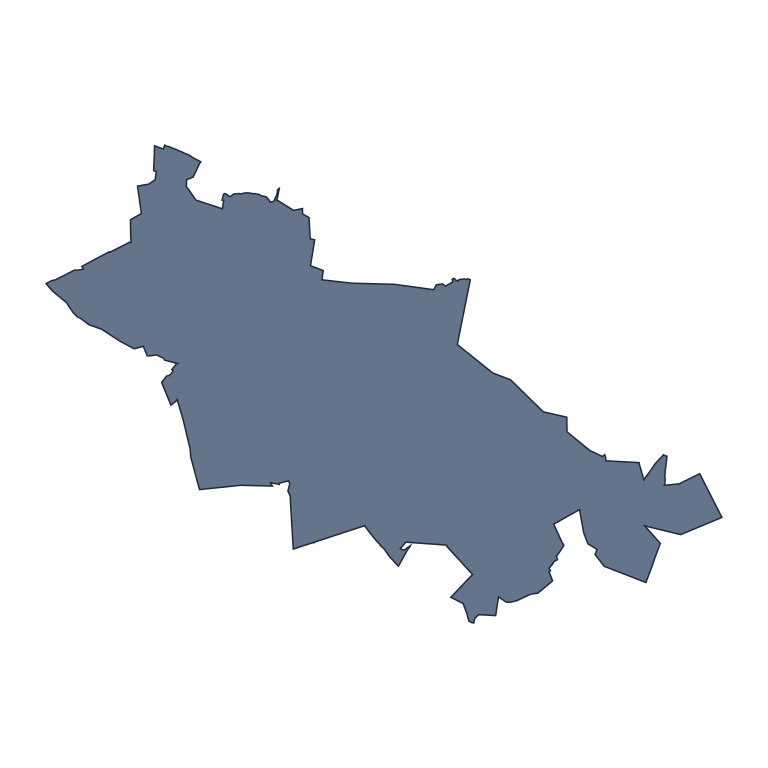 the district of Altamirano, Chiapas, Mexico
{"feature_id": "50627088B24098372113049", "entity_name": "Altamirano", "entity_type": "district", "adm_level": 2, "iso_a3": "MEX", "parent_name": "Mexico", "parent_adm1": "Chiapas", "projection": "robinson", "projection_center": [-91.86, 16.673], "detail": "fine", "context": "isolated", "style": "filled", "palette": "slate", "viewbox_px": 768, "rotation_deg": 0, "n_neighbors": 0, "source": "geoboundaries", "source_scale": "gbopen_adm2", "svg_char_len": 5982}
<svg xmlns="http://www.w3.org/2000/svg" viewBox="0 0 768 768"><path d="M46.1,283.6L52.2,290.8L58.5,296.1L62.0,299.0L66.2,302.3L67.7,304.6L72.8,312.1L73.6,313.1L77.0,316.6L80.8,318.6L89.2,324.9L102.0,329.4L109.3,334.3L120.1,341.3L134.0,348.7L135.3,348.5L143.3,346.3L147.2,355.8L150.0,355.9L156.5,354.9L163.8,358.3L164.7,360.2L174.2,362.7L175.4,363.2L176.9,363.3L177.0,363.3L177.7,363.4L177.0,363.8L176.2,364.2L172.6,368.6L172.4,368.8L171.8,369.5L172.4,369.9L173.0,370.3L172.6,371.5L171.4,373.5L170.1,374.7L169.3,375.2L168.5,375.7L167.5,375.8L166.4,376.3L161.6,382.3L170.9,405.2L175.8,401.4L177.2,399.5L177.6,401.0L183.3,420.4L189.9,448.0L190.0,448.1L190.5,453.1L190.6,456.6L199.5,489.6L240.8,485.3L272.4,486.1L270.6,482.7L279.3,484.4L279.2,483.4L279.2,483.2L285.5,481.6L288.6,480.8L289.7,483.8L287.9,491.2L290.2,495.8L290.6,504.9L293.3,549.1L313.6,542.4L313.7,542.8L315.9,541.7L364.9,525.6L365.2,526.7L366.1,527.9L366.6,528.4L367.3,529.4L367.8,530.1L368.2,530.7L369.0,531.6L369.7,532.5L370.3,533.5L371.1,534.2L371.9,535.1L373.1,536.9L373.9,537.7L374.7,538.6L375.9,540.2L376.9,541.5L377.5,542.0L378.6,543.2L379.3,543.8L379.8,544.6L380.3,545.6L381.1,546.3L382.0,547.0L383.0,547.8L384.0,548.8L389.7,556.9L391.2,558.5L392.6,559.9L393.2,560.5L394.5,562.0L395.1,562.8L397.0,564.7L398.4,566.2L399.7,564.0L401.7,560.1L401.8,560.0L407.2,550.4L410.2,546.1L410.4,545.7L403.9,550.2L403.5,550.1L402.9,549.8L402.0,549.5L401.1,549.1L400.3,548.7L405.9,542.2L446.6,545.1L446.7,546.0L447.9,547.6L472.5,574.5L450.8,597.3L463.1,603.5L466.9,613.6L467.5,616.1L468.9,621.1L469.4,621.3L471.3,622.4L471.4,622.6L473.9,622.9L474.2,620.0L475.4,617.7L477.5,615.7L479.2,614.7L495.6,615.6L496.0,613.6L498.5,596.9L506.1,602.1L510.2,602.2L516.7,600.8L519.8,599.3L528.1,595.4L530.9,594.1L537.8,593.2L552.6,580.9L549.0,571.5L550.4,570.8L549.2,568.3L553.2,563.2L553.7,561.7L557.5,559.7L557.0,558.2L556.4,555.8L556.9,555.8L560.6,550.5L560.7,550.4L563.9,545.2L561.9,542.0L561.3,540.5L560.4,538.7L559.6,537.0L558.8,535.1L557.1,531.6L556.5,530.2L555.7,528.6L555.1,527.1L554.4,525.6L553.7,524.2L579.5,509.6L583.8,533.2L583.9,533.4L588.0,543.9L597.0,549.3L595.0,554.3L604.1,566.3L645.9,582.5L652.5,565.0L655.1,557.4L660.3,543.4L644.8,525.9L679.4,534.3L680.7,534.6L721.9,517.4L699.7,473.7L679.0,483.9L664.3,485.3L664.4,485.1L664.6,484.4L664.8,483.5L665.0,481.5L665.1,479.7L664.9,475.2L665.0,474.3L665.2,473.0L665.1,471.2L665.4,469.3L665.6,468.5L665.8,466.7L666.0,464.8L667.0,456.1L666.5,456.0L665.9,456.0L665.2,455.8L664.7,455.6L664.3,455.3L663.9,454.9L663.5,454.8L663.4,454.9L662.6,455.7L661.9,456.6L660.8,457.8L659.8,458.7L658.8,459.7L658.1,460.6L657.1,461.6L655.9,462.9L654.6,464.5L652.7,467.3L652.0,468.4L651.0,469.8L648.6,473.3L646.5,476.0L645.1,477.9L643.8,479.8L639.1,463.3L639.1,463.1L639.1,462.6L605.9,460.8L605.8,460.7L605.7,460.1L605.7,459.5L605.7,459.2L605.7,458.9L605.7,458.6L605.7,458.2L605.7,457.9L605.7,457.6L605.6,457.3L605.4,456.8L604.7,454.6L602.5,456.5L589.4,450.3L589.1,449.9L588.1,449.0L576.6,439.7L567.0,431.8L566.8,417.2L543.2,411.8L510.6,379.8L492.8,373.0L457.3,344.5L470.3,279.8L470.1,279.5L469.8,279.4L469.2,279.3L468.9,279.2L468.6,279.1L467.7,278.8L467.2,279.1L466.7,279.2L466.5,279.3L466.3,279.4L465.9,279.4L465.4,279.2L464.6,279.1L464.4,279.1L464.1,279.0L463.9,279.1L463.6,279.0L463.4,279.0L463.0,279.1L462.8,279.2L462.5,279.2L462.2,279.2L461.6,279.2L461.2,279.2L461.0,279.3L460.7,279.3L460.4,279.3L460.0,279.5L459.9,279.5L459.7,279.6L459.4,279.7L459.2,279.7L458.9,279.8L458.0,280.6L457.5,281.1L457.1,280.6L455.0,279.8L454.9,279.4L455.0,279.2L454.9,278.9L454.7,278.7L454.3,278.4L454.2,278.4L453.8,278.4L453.7,278.5L453.4,278.5L452.9,278.9L452.4,279.2L452.1,279.3L452.1,279.6L452.2,279.8L452.9,281.9L445.4,286.1L442.6,283.9L436.4,284.7L433.7,289.7L394.5,284.3L351.9,283.2L322.0,279.8L323.2,270.5L310.5,265.7L314.7,239.8L310.2,238.8L309.0,217.5L308.8,217.4L302.5,213.9L302.5,208.5L293.6,210.4L278.1,200.7L277.2,201.0L276.9,200.7L279.3,188.3L278.6,188.7L278.3,189.2L277.9,189.4L277.7,189.7L277.5,189.9L277.4,190.1L277.3,190.4L277.3,190.7L277.5,191.7L277.5,192.1L277.3,192.5L277.2,193.1L276.9,193.6L276.9,194.1L276.6,195.4L276.4,195.7L276.1,196.1L276.0,196.3L275.9,196.5L275.6,197.1L275.4,197.5L275.1,198.9L275.0,199.0L274.7,199.3L274.5,199.6L274.4,200.0L274.2,200.6L274.1,200.8L273.7,201.1L272.5,201.8L272.4,201.8L272.1,201.8L271.9,201.9L271.6,201.9L271.4,201.9L271.2,202.0L270.9,202.0L270.6,201.9L270.4,201.8L269.9,201.6L269.6,201.3L269.5,201.1L269.4,200.8L269.2,200.1L268.9,200.0L268.6,199.6L268.2,199.4L267.4,198.0L266.1,196.8L263.2,196.1L261.0,195.6L258.6,194.2L257.7,194.2L257.1,194.2L256.2,193.8L255.4,193.6L254.7,193.6L253.7,193.7L252.5,193.6L251.2,193.3L249.5,193.0L247.5,192.9L245.5,192.9L243.7,193.1L242.9,193.5L241.5,193.9L241.1,194.0L239.6,193.6L239.1,193.5L238.0,193.7L237.3,193.8L236.0,193.8L234.9,193.8L234.0,194.0L233.1,194.5L232.3,195.0L231.7,195.7L230.7,196.3L229.2,196.3L228.4,196.0L227.1,194.6L226.2,194.2L225.2,193.7L224.7,193.6L224.2,193.7L223.8,194.0L223.6,194.2L223.6,194.4L223.4,194.7L223.4,195.0L223.2,195.5L223.2,195.8L223.1,196.1L222.0,200.2L223.7,200.5L222.3,208.8L196.0,200.1L186.2,186.1L186.4,186.0L186.4,185.2L186.6,180.9L186.7,179.7L193.2,177.1L193.7,175.8L194.4,174.2L195.1,173.0L196.1,171.0L197.0,169.0L198.7,165.4L199.0,164.8L200.0,162.9L200.8,161.8L193.1,157.8L190.3,155.8L188.4,154.7L186.5,154.0L184.0,153.0L182.4,152.2L181.7,151.9L179.9,151.1L178.7,150.7L176.6,149.6L175.8,149.3L174.8,149.0L173.5,148.5L172.2,148.0L171.8,147.9L170.3,147.2L169.3,146.8L165.4,145.8L164.9,145.1L164.6,145.8L163.9,147.2L163.8,147.3L163.8,147.5L163.3,149.0L154.6,145.8L154.2,156.4L153.6,170.7L154.6,170.9L154.6,171.0L156.3,171.5L155.8,174.9L155.2,179.1L155.1,179.8L152.8,181.3L151.4,182.3L149.4,183.6L149.2,183.8L148.6,184.2L144.7,184.8L142.6,185.2L137.5,186.1L141.4,213.5L130.4,219.8L130.7,236.2L131.1,242.3L129.6,242.2L109.6,252.4L109.2,251.8L81.8,266.4L83.4,269.2L77.8,270.2L74.7,270.0L55.4,279.8L51.3,280.8L46.1,283.6Z" fill="#64748b" stroke="#1e293b" stroke-width="1.5"/></svg>